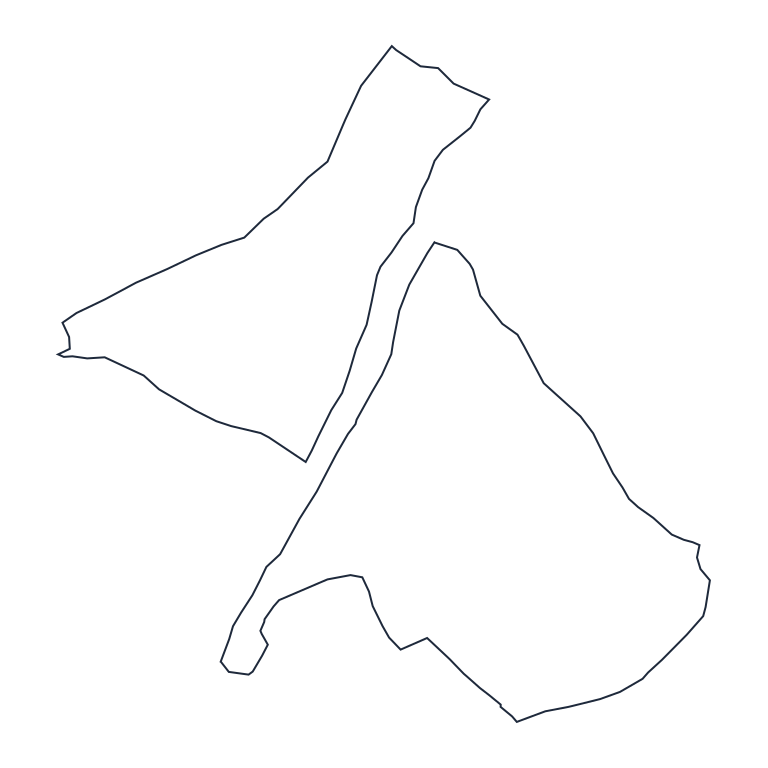 Luxor, Qina, Egypt (Mercator projection)
{"feature_id": "37247803B96963536963151", "entity_name": "Luxor", "entity_type": "district", "adm_level": 2, "iso_a3": "EGY", "parent_name": "Egypt", "parent_adm1": "Qina", "projection": "mercator", "projection_center": [32.656, 25.722], "detail": "fine", "context": "isolated", "style": "outline", "palette": "slate", "viewbox_px": 768, "rotation_deg": 0, "n_neighbors": 0, "source": "geoboundaries", "source_scale": "gbopen_adm2", "svg_char_len": 2079}
<svg xmlns="http://www.w3.org/2000/svg" viewBox="0 0 768 768"><path d="M699.5,545.1L692.7,542.2L683.8,539.8L671.8,534.6L665.7,529.1L653.4,518.0L638.2,507.2L629.0,498.9L622.5,487.5L613.0,473.4L604.3,455.9L593.2,433.3L580.5,416.4L556.0,394.3L543.7,383.2L524.0,346.1L519.7,338.5L517.5,334.7L502.3,323.8L480.3,295.7L473.0,269.6L469.7,263.9L457.3,249.9L434.5,242.5L434.4,242.4L427.4,253.0L409.3,284.6L399.3,310.6L397.4,320.3L393.1,342.2L391.3,354.2L381.9,375.0L371.9,392.1L356.6,419.7L355.5,424.1L348.0,433.9L336.6,453.5L330.9,464.4L316.7,491.6L299.5,518.8L283.9,547.3L280.1,554.2L266.4,566.9L259.9,580.5L252.4,595.2L241.1,612.6L233.0,626.2L229.2,639.1L223.9,653.2L220.7,661.7L220.9,661.8L221.0,661.9L228.8,671.9L242.6,673.8L248.6,674.6L252.7,671.6L256.2,665.7L262.1,655.7L267.8,644.7L264.6,639.0L261.7,633.9L260.4,630.8L264.2,622.0L264.6,619.2L273.6,606.4L279.1,600.1L319.0,583.0L327.5,579.4L350.5,575.1L362.3,577.3L369.0,591.6L372.7,606.1L382.6,626.2L389.1,637.6L400.6,649.6L427.1,638.0L447.8,657.4L450.1,659.6L454.7,664.4L463.8,673.8L466.6,676.2L479.9,688.0L489.1,695.1L500.7,704.6L500.6,706.9L512.1,716.4L516.8,721.9L545.3,711.3L568.4,706.9L572.6,705.9L600.0,699.1L620.0,691.9L642.6,678.8L648.1,672.5L661.9,659.9L686.7,634.8L703.2,616.1L705.6,607.1L709.9,580.3L700.5,569.1L697.0,557.5L699.5,545.1ZM489.1,99.5L453.6,83.6L438.1,68.1L420.5,66.3L408.4,58.2L396.2,50.1L391.8,46.1L361.1,85.8L345.5,119.2L343.0,125.0L327.5,161.6L308.0,177.6L277.7,209.0L263.7,218.7L244.3,237.6L221.4,244.9L195.8,255.4L167.3,269.0L136.0,282.7L104.9,299.4L76.5,313.0L62.5,322.7L69.1,337.0L69.8,348.8L58.1,354.4L63.8,356.9L72.5,356.3L87.2,358.4L104.7,357.3L143.7,375.5L159.0,389.3L195.3,410.6L216.3,421.2L231.2,426.1L260.7,433.1L268.9,437.4L305.7,462.0L311.8,450.5L318.3,436.4L331.3,410.1L342.2,392.9L349.7,370.7L356.2,348.5L364.9,328.7L366.6,324.8L368.3,317.1L371.6,302.0L377.0,275.2L380.5,266.7L391.5,252.5L402.5,235.9L413.5,223.2L415.9,207.1L422.2,189.7L428.4,178.2L434.6,160.8L442.9,149.8L459.6,136.6L470.5,127.7L474.7,120.9L480.4,109.3L489.1,99.5Z" fill="none" stroke="#1e293b" stroke-width="2"/></svg>